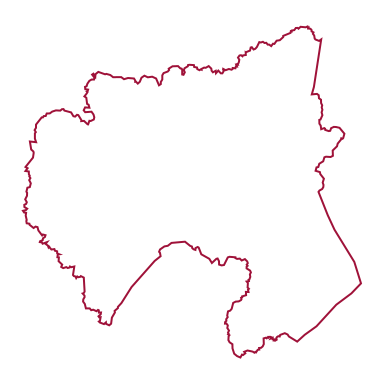 outline of Prestea/huni Valley, Western, Ghana
{"feature_id": "2480657B71205229821948", "entity_name": "Prestea/huni Valley", "entity_type": "district", "adm_level": 2, "iso_a3": "GHA", "parent_name": "Ghana", "parent_adm1": "Western", "projection": "mercator", "projection_center": [-2.017, 5.447], "detail": "fine", "context": "isolated", "style": "outline", "palette": "rose", "viewbox_px": 384, "rotation_deg": 0, "n_neighbors": 0, "source": "geoboundaries", "source_scale": "gbopen_adm2", "svg_char_len": 5792}
<svg xmlns="http://www.w3.org/2000/svg" viewBox="0 0 384 384"><path d="M317.0,93.9L311.8,94.4L313.9,87.0L321.2,39.4L319.1,40.9L315.5,39.5L314.7,38.6L314.2,35.5L312.9,33.8L313.5,32.4L311.6,31.4L311.6,30.1L310.5,28.8L308.9,28.6L308.7,27.6L308.0,28.2L307.5,26.5L305.7,27.3L300.6,26.8L298.5,28.7L297.7,27.9L295.8,28.0L294.3,30.1L291.9,30.5L291.7,31.5L290.8,31.2L290.5,32.9L283.2,35.9L283.2,37.1L279.8,40.2L276.6,40.7L274.4,43.9L273.0,43.7L271.2,46.1L269.2,44.6L267.7,44.6L266.3,42.8L264.5,43.0L262.9,41.8L260.8,42.5L259.3,42.1L256.9,47.0L255.3,48.8L253.6,49.5L251.8,47.2L250.7,47.5L250.0,50.6L246.9,51.8L246.0,52.3L246.3,53.0L245.7,52.5L245.8,55.0L243.0,55.4L242.5,56.3L241.0,55.2L239.5,55.5L238.0,57.6L239.3,59.7L238.9,62.0L238.2,63.7L237.3,64.0L237.7,64.7L236.2,64.6L237.0,66.6L235.8,66.6L235.4,68.3L232.7,68.0L232.6,69.0L231.6,69.7L228.9,69.0L225.6,70.2L223.2,68.9L223.1,69.7L224.1,70.4L222.4,73.3L220.8,73.3L218.3,70.6L216.0,73.2L215.7,70.8L212.9,72.3L211.6,70.7L211.3,68.6L208.7,66.1L205.7,67.8L204.1,67.6L201.4,69.0L201.5,69.7L200.7,69.4L199.5,70.2L197.3,69.1L197.0,67.5L194.2,67.0L193.9,65.1L189.6,64.8L188.1,65.0L187.8,66.3L184.5,68.3L183.9,70.2L184.8,72.3L183.5,74.8L182.2,74.5L182.2,69.6L181.6,68.6L180.5,68.5L178.0,66.1L172.5,66.3L168.7,68.7L169.1,70.0L167.8,71.5L163.6,73.1L162.3,75.3L162.3,79.5L160.8,82.0L160.8,84.1L159.0,85.3L156.1,78.5L152.2,76.7L147.8,77.3L144.4,75.7L141.5,77.7L139.8,81.8L137.8,83.6L136.0,81.7L135.2,81.8L135.2,80.5L134.0,78.5L128.0,78.0L124.0,79.2L121.2,77.1L113.1,77.2L110.3,75.0L106.3,73.9L105.1,74.3L98.3,71.9L95.5,74.2L95.3,76.6L93.4,73.7L92.1,74.6L94.4,77.6L94.0,79.5L91.7,79.5L89.4,80.8L87.4,83.7L86.6,86.2L85.0,86.9L85.3,89.2L88.1,89.6L87.6,91.2L86.9,91.5L87.5,92.1L86.6,93.6L84.4,96.4L86.3,97.7L87.1,103.9L88.6,104.7L89.4,107.7L85.1,107.4L83.7,110.3L85.2,112.2L91.5,111.7L93.5,114.5L94.3,117.3L93.8,119.5L90.7,121.0L89.4,120.8L88.1,124.4L87.6,124.3L84.0,120.9L81.3,121.1L81.5,120.3L78.3,115.1L77.0,114.8L75.1,116.6L73.4,116.2L71.1,112.4L64.4,110.6L63.5,109.1L62.0,109.2L60.3,110.6L55.9,110.4L52.2,111.6L49.8,113.4L46.7,113.5L45.7,116.0L43.7,116.1L42.9,117.4L41.7,117.4L36.0,124.6L36.0,127.8L34.6,130.1L35.8,132.1L34.9,133.3L34.9,138.6L36.1,142.2L29.9,141.5L31.2,149.5L33.4,151.5L33.7,152.8L33.0,157.6L25.5,167.0L27.6,168.2L25.5,171.0L28.8,171.5L28.9,174.4L29.7,175.6L29.3,176.3L30.4,178.1L29.2,180.1L30.8,183.3L29.8,187.1L27.4,187.7L26.4,191.7L27.1,192.8L27.0,195.8L25.2,199.3L26.8,202.2L26.1,203.9L24.3,204.8L24.4,207.0L27.2,208.7L25.9,210.1L23.0,210.8L24.1,212.5L26.1,212.8L25.7,215.6L26.7,220.0L26.3,221.0L26.7,223.3L29.4,223.7L29.6,224.8L33.6,228.0L35.5,226.6L37.5,227.1L38.4,230.5L42.1,235.4L42.8,234.5L45.5,235.2L44.9,237.0L43.0,238.3L42.7,240.1L40.0,241.3L39.8,242.1L41.9,242.4L42.6,243.7L47.0,242.1L45.6,243.9L48.7,246.2L48.2,246.5L48.5,247.3L48.9,246.7L51.4,249.5L54.4,249.1L54.9,250.7L57.1,251.3L57.2,253.4L59.3,254.3L57.8,254.5L57.4,257.2L58.9,257.4L58.6,261.2L62.2,264.6L61.2,266.9L63.2,268.1L66.3,267.1L67.7,268.0L69.6,267.5L70.0,266.5L71.3,267.2L74.3,266.5L73.0,275.0L73.9,276.1L75.5,276.5L76.2,278.1L77.3,276.5L78.4,277.2L80.1,276.9L80.8,276.1L83.8,277.6L84.6,291.6L83.7,293.2L82.7,293.5L84.5,295.6L84.6,297.1L83.3,299.3L83.1,301.6L84.8,303.9L85.9,308.4L89.7,308.4L91.2,310.2L93.2,309.7L96.5,311.2L98.0,309.9L98.8,310.3L98.9,312.6L101.0,312.5L100.7,314.3L98.5,316.3L99.3,317.4L100.6,317.2L99.9,321.0L98.9,321.5L99.8,322.5L104.0,324.1L105.9,322.4L106.0,323.8L109.2,325.3L111.1,323.7L111.9,317.6L114.9,312.5L114.6,310.9L117.9,308.1L117.9,306.9L121.4,303.1L131.6,287.0L154.7,260.9L160.6,256.2L160.0,252.9L159.1,251.8L160.0,249.5L164.4,246.4L167.8,245.8L171.5,242.9L185.0,241.7L190.2,245.9L191.9,246.5L192.3,248.2L193.6,249.3L195.4,249.9L195.6,248.0L197.7,247.0L198.7,247.6L201.3,254.3L209.3,258.8L211.9,263.0L216.4,258.8L217.6,258.5L219.0,261.2L219.1,264.6L221.6,265.4L224.0,265.0L227.8,257.4L229.5,256.8L235.4,257.3L235.4,258.1L237.1,258.9L239.8,258.6L241.7,260.5L244.9,259.1L247.2,261.4L247.8,263.1L246.7,264.7L247.6,265.8L246.6,266.7L246.6,268.4L250.1,270.6L250.9,272.4L249.9,274.4L250.3,276.9L249.3,279.6L248.6,279.8L248.9,281.1L246.7,281.5L247.9,283.0L247.6,287.5L248.9,288.8L248.0,289.6L248.5,292.0L245.9,291.9L246.1,295.2L242.1,296.4L242.2,297.3L241.1,297.8L241.5,299.2L241.0,300.1L238.7,301.4L235.7,301.6L233.2,302.9L231.7,308.8L230.2,310.6L228.0,311.4L227.2,315.6L227.7,317.1L226.2,319.2L226.4,320.8L225.1,322.1L225.0,323.6L226.4,323.5L227.8,325.4L227.3,328.0L229.0,330.6L228.0,332.7L228.6,333.7L228.1,334.3L229.4,335.2L228.6,336.3L228.4,340.1L229.6,342.3L232.4,344.2L232.5,348.4L234.2,353.7L237.1,356.1L240.4,357.5L242.0,354.6L243.1,355.0L245.3,353.3L244.2,351.8L247.5,350.5L252.7,351.6L254.4,352.7L255.3,351.9L256.0,352.4L257.7,349.8L259.3,349.6L259.1,348.0L261.1,347.8L262.7,346.4L263.8,344.1L263.6,338.4L265.9,337.7L266.7,338.3L267.9,337.1L268.4,337.6L268.8,336.9L270.2,336.8L271.3,337.2L270.6,338.6L272.7,337.8L272.6,339.2L274.6,339.4L273.9,340.5L275.1,340.7L276.7,339.7L276.3,338.1L277.0,337.0L278.3,336.2L279.7,336.5L280.2,334.9L284.8,333.2L287.6,334.5L288.9,336.5L297.2,341.6L304.7,334.8L316.5,326.3L336.3,304.7L351.4,293.4L361.0,283.4L354.3,261.9L334.5,229.7L327.8,215.3L318.5,191.9L319.5,190.5L322.2,189.0L323.3,187.1L323.5,184.9L322.7,182.6L323.9,178.7L320.3,174.1L319.9,172.1L315.6,170.8L316.5,167.4L318.3,167.0L319.3,163.7L323.2,161.3L324.4,157.3L326.0,156.7L330.6,157.0L332.9,155.8L332.7,150.5L337.0,146.3L337.7,143.6L340.9,139.7L341.3,138.3L342.5,138.8L343.2,138.1L344.4,133.7L339.5,127.8L336.0,127.0L333.8,126.9L331.1,128.2L330.2,130.8L328.8,131.1L325.2,129.9L325.1,128.7L324.3,128.1L321.2,129.2L320.7,125.6L319.4,123.7L319.3,119.9L320.5,119.5L322.4,115.2L321.6,112.3L322.4,109.8L321.7,107.4L322.2,105.3L321.1,103.1L321.0,99.7L319.0,98.3L318.7,95.2L317.0,93.9Z" fill="none" stroke="#9f1239" stroke-width="2"/></svg>